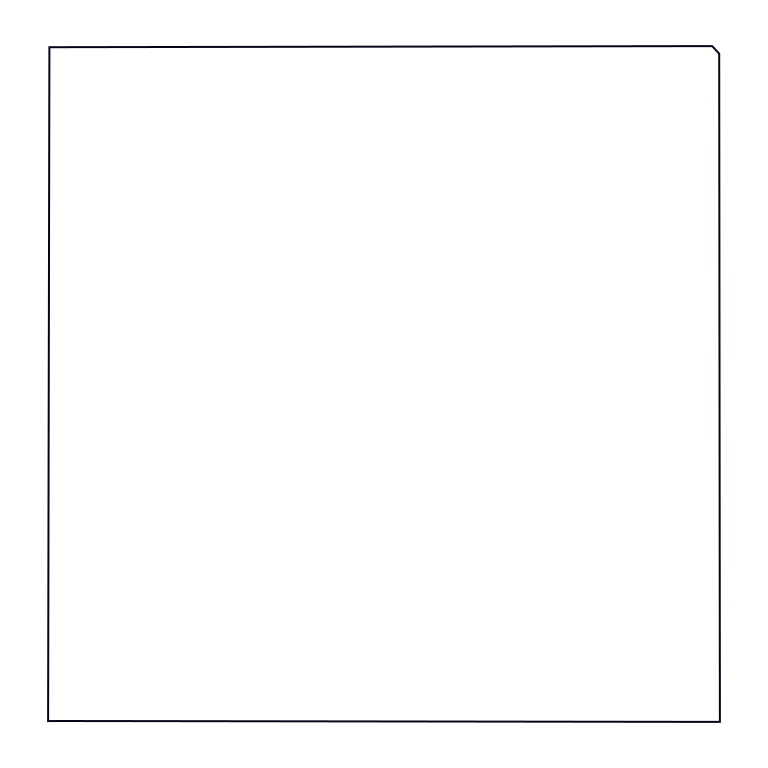 Greeley, Nebraska, United States of America
{"feature_id": "52423323B21407841844396", "entity_name": "Greeley", "entity_type": "district", "adm_level": 2, "iso_a3": "USA", "parent_name": "United States of America", "parent_adm1": "Nebraska", "projection": "albers", "projection_center": [-98.464, 41.568], "detail": "fine", "context": "isolated", "style": "outline", "palette": "ink", "viewbox_px": 768, "rotation_deg": 0, "n_neighbors": 0, "source": "geoboundaries", "source_scale": "gbopen_adm2", "svg_char_len": 216}
<svg xmlns="http://www.w3.org/2000/svg" viewBox="0 0 768 768"><path d="M712.2,46.1L49.4,47.2L48.1,721.1L58.7,721.0L719.9,721.9L719.7,552.9L719.2,53.7L712.2,46.1Z" fill="none" stroke="#020617" stroke-width="2"/></svg>